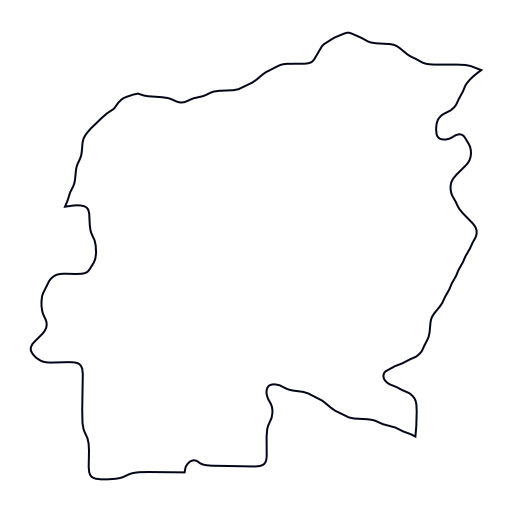 Guerra, Santo Domingo, Dominican Republic (Mercator projection)
{"feature_id": "3306468B94493131963400", "entity_name": "Guerra", "entity_type": "district", "adm_level": 2, "iso_a3": "DOM", "parent_name": "Dominican Republic", "parent_adm1": "Santo Domingo", "projection": "mercator", "projection_center": [-69.659, 18.576], "detail": "fine", "context": "isolated", "style": "outline", "palette": "ink", "viewbox_px": 512, "rotation_deg": 0, "n_neighbors": 0, "source": "geoboundaries", "source_scale": "gbopen_adm2", "svg_char_len": 4127}
<svg xmlns="http://www.w3.org/2000/svg" viewBox="0 0 512 512"><path d="M137.9,93.6L133.6,94.5L126.7,96.8L123.8,98.0L121.4,99.6L118.3,102.7L114.4,108.2L113.4,109.1L107.2,113.2L102.1,117.6L90.8,128.5L87.4,132.4L85.4,135.1L83.8,138.0L82.8,141.2L82.4,144.4L81.7,152.5L81.1,155.7L80.1,158.6L77.6,163.9L76.6,166.8L76.0,170.0L75.0,179.8L74.4,183.0L73.4,185.9L70.1,192.5L67.7,200.2L65.0,206.7L73.7,205.5L77.3,205.3L80.8,205.5L84.1,206.2L85.6,206.9L86.9,207.9L87.9,209.2L88.5,210.6L89.2,213.6L89.8,225.4L90.5,230.6L91.5,233.6L94.6,240.4L95.7,245.6L96.1,252.9L95.4,258.2L94.9,259.9L93.7,262.7L90.0,268.7L88.4,270.9L87.3,271.9L85.9,272.7L84.3,273.3L81.0,273.8L75.7,274.0L64.7,273.7L61.0,273.9L57.5,274.5L55.8,275.1L53.2,276.7L50.9,278.7L49.1,281.1L43.1,293.2L42.1,296.2L41.5,301.1L41.5,306.0L42.2,310.9L43.0,313.9L45.4,319.1L46.4,321.7L46.7,324.8L46.2,327.8L44.7,330.8L42.7,333.5L34.4,341.8L32.3,344.2L31.0,347.0L30.7,348.6L30.9,350.1L31.3,351.6L32.9,354.3L36.1,357.7L40.3,360.5L43.5,361.8L47.1,362.4L50.8,362.6L69.1,362.1L74.2,362.4L77.4,363.1L78.8,363.8L80.1,364.8L81.1,366.1L82.3,369.1L82.8,374.2L82.2,410.0L82.5,423.1L83.4,428.5L84.4,431.6L87.5,438.3L88.6,443.5L89.0,450.8L88.7,467.2L89.2,472.2L90.3,475.2L91.3,476.5L92.6,477.5L95.6,478.7L100.7,479.3L108.0,479.3L115.4,478.8L119.1,478.2L122.5,477.3L129.3,474.2L132.3,473.2L135.8,472.6L139.3,472.2L148.5,472.0L184.6,472.4L185.4,468.0L185.9,466.5L187.4,464.1L189.3,462.1L190.4,461.3L193.0,460.4L194.4,460.3L196.8,460.9L200.3,463.4L202.9,464.5L206.1,465.2L211.4,465.7L254.8,466.5L259.9,466.0L262.9,464.9L264.2,463.9L265.2,462.6L265.9,461.2L266.3,459.6L266.7,456.4L266.6,436.4L267.2,429.2L268.1,425.8L271.6,417.8L272.4,413.1L272.4,409.9L271.9,406.7L270.8,403.9L268.1,398.9L267.1,396.1L266.5,393.2L266.6,390.3L267.5,387.5L268.4,386.3L269.6,385.3L272.4,384.4L275.3,384.4L279.7,385.3L286.2,388.6L289.2,389.7L292.6,390.5L303.2,391.9L308.1,393.4L321.8,400.4L324.5,402.4L331.0,407.8L335.1,410.7L348.8,417.4L353.9,418.5L368.0,419.3L371.5,419.8L374.9,420.6L383.0,424.2L395.3,427.5L403.3,431.5L410.8,434.2L415.4,436.6L416.3,425.9L416.7,411.5L416.4,404.5L415.7,401.1L415.0,399.5L414.3,398.1L412.4,395.8L410.2,393.8L408.9,393.0L401.9,389.9L396.6,387.1L389.6,384.3L387.2,382.7L385.2,380.7L384.4,379.5L383.8,378.2L383.5,376.8L383.5,375.3L383.8,373.9L384.4,372.6L385.4,371.5L386.5,370.8L394.9,366.2L402.2,363.4L410.1,359.3L415.8,356.8L417.0,356.0L419.3,354.0L421.3,351.8L422.1,350.5L424.7,344.9L427.4,339.7L428.6,336.9L429.6,332.2L430.5,322.4L431.1,319.3L431.7,317.7L432.4,316.2L434.3,313.3L439.7,306.7L442.3,302.9L444.9,297.2L449.3,289.4L451.7,283.6L456.1,275.8L458.5,270.0L462.9,262.2L465.4,256.4L469.9,248.6L472.5,242.9L475.3,237.9L476.3,235.2L476.6,233.7L476.6,230.5L475.6,227.5L474.8,226.1L472.9,223.6L462.4,212.8L459.3,208.9L457.7,206.1L455.7,201.8L452.1,195.4L451.1,192.4L450.6,189.2L450.6,185.9L451.2,182.7L451.8,181.2L453.4,178.3L456.5,174.6L466.0,165.2L468.1,162.7L469.7,159.8L470.6,156.7L471.0,153.4L470.8,150.1L470.1,146.9L468.8,144.1L465.3,138.2L463.7,136.0L462.6,135.2L461.3,134.6L459.9,134.3L458.5,134.4L455.9,135.1L451.3,137.8L448.7,138.9L445.7,139.5L444.3,139.6L441.3,139.2L439.9,138.7L438.6,137.8L437.6,136.6L436.9,135.2L436.5,133.8L436.1,129.2L436.3,126.0L436.8,122.9L437.9,119.8L438.7,118.5L440.7,116.1L443.0,114.3L450.9,110.2L454.2,107.3L456.0,104.9L456.7,103.6L458.6,99.4L462.9,91.5L465.3,85.7L466.9,83.2L469.8,79.7L473.2,76.4L477.1,73.2L481.3,70.1L470.5,66.0L465.5,65.0L456.8,64.6L433.8,64.6L428.7,64.2L425.3,63.6L422.3,62.5L415.8,58.9L410.1,56.2L407.4,54.4L399.6,48.0L396.8,46.1L395.3,45.4L393.6,44.8L390.2,44.1L376.1,43.3L370.9,42.5L367.8,41.4L361.3,37.8L352.0,33.7L349.5,32.8L348.2,32.7L346.9,32.8L344.3,33.5L334.9,37.4L332.3,38.9L323.8,44.3L321.9,46.3L314.1,59.5L312.3,61.5L311.0,62.4L308.1,63.3L304.8,63.7L287.4,63.8L283.9,64.1L280.6,64.9L277.8,66.1L265.5,72.4L262.8,74.4L256.3,79.8L252.2,82.6L238.5,89.2L233.4,90.2L219.3,90.8L214.1,91.5L211.0,92.5L205.7,95.1L202.8,96.2L193.6,98.3L190.8,99.4L186.9,101.2L184.2,102.2L181.2,102.5L179.6,102.4L176.8,101.6L170.2,98.7L167.0,97.9L161.8,97.2L147.6,96.2L144.2,95.6L137.9,93.6Z" fill="none" stroke="#020617" stroke-width="2"/></svg>